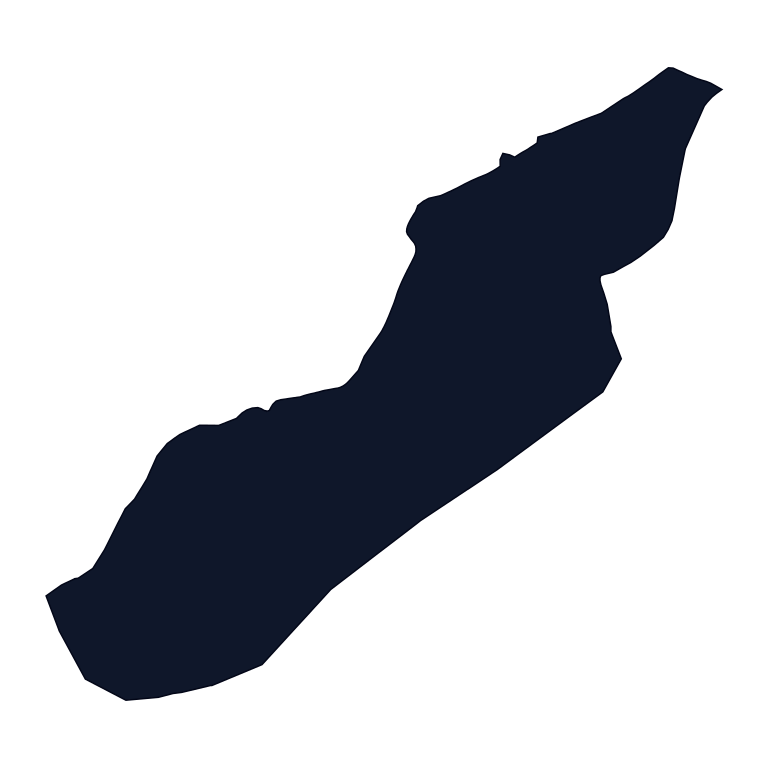 Mukayras, Al Bayda', Yemen
{"feature_id": "15242507B36585433603827", "entity_name": "Mukayras", "entity_type": "district", "adm_level": 2, "iso_a3": "YEM", "parent_name": "Yemen", "parent_adm1": "Al Bayda'", "projection": "natural_earth1", "projection_center": [45.819, 14.026], "detail": "fine", "context": "isolated", "style": "filled", "palette": "ink", "viewbox_px": 768, "rotation_deg": 0, "n_neighbors": 0, "source": "geoboundaries", "source_scale": "gbopen_adm2", "svg_char_len": 3792}
<svg xmlns="http://www.w3.org/2000/svg" viewBox="0 0 768 768"><path d="M721.9,89.5L715.0,85.6L710.7,83.2L706.1,81.4L701.5,80.1L700.7,79.8L696.9,78.6L691.9,76.5L686.9,74.5L682.2,72.2L677.8,70.3L674.0,68.5L673.1,68.1L668.4,67.8L661.9,72.4L659.4,74.2L656.8,76.2L654.3,78.2L651.8,80.0L649.5,81.7L647.3,83.2L645.5,84.4L644.8,84.9L642.7,86.4L640.6,87.9L638.5,89.4L636.3,90.9L633.6,92.8L630.6,94.7L628.4,96.1L626.4,97.1L625.5,97.5L623.3,98.7L601.3,113.3L591.9,116.8L583.3,120.1L575.3,123.2L567.0,126.8L551.4,133.5L550.2,133.5L546.2,134.7L541.3,136.1L537.9,137.1L537.2,142.9L535.5,144.1L535.1,144.4L532.7,146.0L530.3,147.5L528.2,149.0L525.7,150.5L522.9,152.0L520.4,153.5L519.0,154.4L517.4,155.4L514.8,157.2L509.7,154.9L502.9,153.4L500.1,159.5L500.2,166.2L497.8,167.9L495.1,169.6L492.8,171.0L490.6,172.2L488.2,173.5L485.9,174.6L483.6,175.5L481.0,176.6L480.7,176.7L478.6,177.5L476.2,178.6L473.2,179.9L470.8,181.0L468.0,182.4L464.7,184.0L462.5,185.2L460.0,186.5L457.0,188.1L453.8,189.6L453.4,189.8L450.8,191.1L448.3,192.2L446.0,193.3L442.7,194.8L440.5,195.7L428.9,198.3L423.5,201.2L417.7,205.7L417.1,207.7L415.9,210.8L415.4,212.0L414.2,213.7L412.7,216.1L412.4,216.7L411.1,218.8L409.8,221.2L408.5,223.8L407.5,226.3L406.8,228.9L406.6,231.7L407.5,234.3L409.5,236.9L411.1,239.2L412.8,241.2L413.0,241.4L414.5,243.4L415.7,246.2L416.0,249.0L415.9,251.7L415.2,254.4L414.1,257.1L412.9,259.5L411.5,262.4L410.1,265.0L408.8,267.6L408.1,269.0L407.4,270.2L406.6,272.0L405.9,273.3L404.4,276.4L403.2,278.9L401.9,281.7L400.5,284.9L399.4,287.6L398.2,290.5L397.1,293.6L396.2,296.5L396.0,297.2L395.5,298.8L395.4,299.0L394.3,302.3L393.2,305.2L392.1,307.9L391.0,310.7L389.8,313.7L388.6,316.7L387.5,319.2L386.3,322.1L385.0,324.8L383.7,327.5L383.1,328.5L382.1,330.5L380.6,332.9L364.3,356.3L362.3,361.0L358.8,369.4L358.4,370.4L356.2,372.9L355.8,373.3L355.4,373.8L350.9,378.9L349.3,380.7L349.2,380.9L348.8,381.2L347.4,382.7L346.5,383.5L345.3,384.5L343.1,386.0L340.2,387.4L337.9,388.1L335.1,388.5L332.5,389.0L329.4,389.6L327.1,390.0L324.7,390.4L322.2,391.0L319.8,391.7L317.6,392.3L317.2,392.3L314.3,393.1L311.8,393.6L311.3,393.7L309.3,394.2L306.6,394.9L304.1,395.6L301.5,396.5L300.2,397.0L296.7,397.4L296.6,397.5L293.3,397.9L287.0,398.8L286.8,398.9L280.9,399.7L276.2,401.1L274.7,402.5L272.8,404.4L271.2,407.0L269.7,409.8L269.5,410.4L266.8,411.3L266.8,411.0L264.2,410.5L263.7,410.2L261.1,408.7L257.8,407.6L252.2,408.1L246.8,410.0L244.3,411.6L242.2,412.9L238.2,416.7L236.9,418.0L236.5,418.4L232.7,419.9L230.2,420.9L218.8,425.4L216.9,425.4L206.0,425.3L205.8,425.3L200.6,425.3L199.5,425.3L196.4,426.7L195.9,427.0L195.5,427.2L190.1,429.7L188.0,430.7L185.3,431.9L179.9,434.5L175.1,437.8L173.6,438.9L170.4,441.3L167.3,443.5L161.9,450.1L157.1,456.0L151.4,468.8L150.5,470.7L147.0,478.8L142.3,486.6L136.8,495.4L134.6,499.1L129.9,504.0L127.3,506.7L125.3,508.7L121.6,516.0L118.1,522.7L116.4,526.1L116.2,526.5L114.6,529.7L111.6,535.7L107.1,544.7L104.4,550.0L92.8,568.5L78.2,578.2L74.6,578.7L74.4,578.9L69.2,581.4L65.3,583.2L61.4,585.1L46.1,595.9L58.7,629.3L59.2,630.8L77.3,664.2L85.4,679.1L125.9,700.2L158.4,697.3L172.9,693.5L181.6,692.4L210.5,685.5L211.9,685.5L262.0,664.6L292.8,630.9L309.7,612.5L312.5,609.4L314.4,607.3L319.1,602.2L330.7,589.5L356.1,570.0L368.6,560.4L378.1,553.1L383.0,549.4L415.8,524.3L420.5,520.6L467.4,489.4L468.0,489.1L491.8,473.2L497.1,469.7L518.2,454.1L551.2,429.8L573.2,413.6L573.9,413.1L602.8,391.9L621.3,358.8L612.3,335.5L610.9,331.7L610.9,326.5L607.2,304.3L603.8,293.2L600.9,284.9L600.0,280.8L600.0,277.8L600.9,275.6L604.5,274.3L613.4,272.2L623.6,266.4L630.8,262.5L640.3,256.1L654.0,245.4L663.4,237.3L668.1,229.5L672.0,220.6L672.2,219.4L674.4,208.6L679.0,180.2L679.5,177.4L684.9,150.7L685.4,148.6L704.3,105.9L707.1,102.3L712.0,97.0L716.4,93.4L721.9,89.5Z" fill="#0f172a" stroke="#020617" stroke-width="1.5"/></svg>